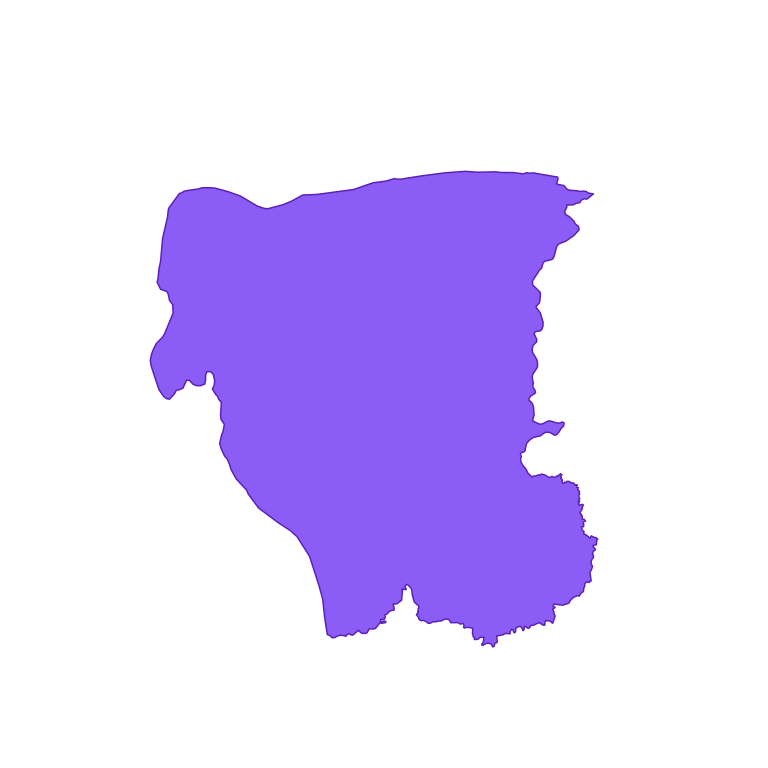 Kham, Xiangkhoang, Laos (orthographic projection), rotated 111°
{"feature_id": "54806243B15908522447592", "entity_name": "Kham", "entity_type": "district", "adm_level": 2, "iso_a3": "LAO", "parent_name": "Laos", "parent_adm1": "Xiangkhoang", "projection": "orthographic", "projection_center": [103.704, 19.758], "detail": "fine", "context": "isolated", "style": "filled", "palette": "violet", "viewbox_px": 768, "rotation_deg": 111, "n_neighbors": 0, "source": "geoboundaries", "source_scale": "gbopen_adm2", "svg_char_len": 6171}
<svg xmlns="http://www.w3.org/2000/svg" viewBox="0 0 768 768"><g transform="rotate(111 384 384)"><path d="M131.1,256.4L131.7,257.3L132.5,262.0L131.8,264.0L132.3,266.5L134.1,270.3L134.5,273.5L136.8,280.8L136.3,283.7L134.6,286.3L134.3,287.5L135.2,292.2L135.2,294.7L130.4,295.0L128.6,295.9L133.5,320.6L134.9,323.1L135.7,326.7L137.9,329.2L140.3,339.1L144.7,350.9L145.8,355.5L152.8,372.7L156.3,384.3L165.2,403.1L175.9,422.9L186.5,441.3L188.1,445.2L188.5,447.9L193.8,454.8L200.1,466.4L213.3,482.0L231.3,515.0L236.7,527.6L246.4,535.8L252.6,542.3L262.0,555.2L263.0,558.8L263.3,566.2L260.0,585.4L260.3,598.6L261.6,611.3L262.4,614.7L265.8,623.8L268.4,627.2L274.5,638.0L275.7,639.7L278.7,642.0L279.2,643.2L296.1,647.8L298.1,647.9L305.9,645.9L327.3,642.9L349.8,636.5L357.0,635.4L365.9,632.9L370.3,632.3L375.6,626.5L375.5,619.8L377.1,617.9L382.7,614.3L385.8,609.6L393.4,606.3L415.5,606.8L419.3,607.4L427.9,611.1L434.5,611.7L439.5,611.7L445.6,610.7L451.0,607.5L467.5,594.1L470.5,591.3L474.8,584.8L475.6,581.6L475.0,578.8L468.6,576.2L464.2,575.6L462.6,572.8L459.8,570.2L451.2,569.7L450.3,567.1L452.7,562.0L452.7,558.5L451.4,554.7L448.2,551.3L443.2,552.3L440.1,553.6L436.3,553.9L434.7,551.1L435.0,549.1L436.5,546.6L441.9,543.1L446.3,542.1L450.1,542.4L453.5,538.2L455.4,534.7L457.6,532.8L459.4,529.3L471.7,525.4L475.5,523.4L478.9,518.6L485.9,517.3L490.0,517.3L498.4,516.1L503.0,512.6L508.3,507.1L510.3,503.4L513.7,500.0L518.5,496.3L525.6,487.9L532.3,474.3L535.3,471.4L544.8,456.5L551.3,433.3L554.5,418.7L557.7,410.4L571.6,391.7L594.8,373.0L606.7,364.2L623.1,355.8L638.3,347.1L638.1,344.9L639.4,341.8L638.7,339.5L635.7,336.9L634.0,334.2L633.3,331.5L633.2,329.2L631.6,328.9L629.5,327.2L630.1,324.8L629.6,323.1L623.2,319.6L624.4,316.7L624.6,314.9L623.2,311.4L622.5,310.8L618.4,310.0L617.5,309.4L616.6,306.3L615.1,304.3L608.2,302.2L608.3,300.5L606.3,297.2L605.3,297.0L605.0,297.5L605.4,299.6L606.6,300.8L606.9,301.8L605.9,302.7L604.8,302.3L603.2,299.2L601.0,299.4L599.3,300.4L597.2,298.5L595.0,297.8L593.2,296.5L591.6,293.7L589.6,294.1L586.6,296.5L586.1,296.3L584.6,293.2L579.6,290.1L570.6,292.6L569.1,293.6L568.7,293.5L568.4,290.7L567.9,289.8L567.0,290.1L565.5,292.0L563.3,291.3L562.8,290.4L564.3,286.8L565.9,284.4L570.6,282.1L576.5,277.8L577.9,274.9L578.6,272.3L579.8,271.4L581.7,271.6L583.2,270.8L584.2,271.0L585.4,269.9L586.5,270.8L587.8,271.0L589.5,268.1L591.0,267.1L591.5,265.9L591.5,264.0L590.5,262.5L590.7,259.6L591.5,257.3L591.1,255.5L588.2,252.7L587.1,249.8L585.4,247.6L584.7,245.6L582.2,243.5L580.8,241.0L580.7,238.8L582.9,236.1L580.3,229.6L580.8,226.6L579.7,225.3L579.4,224.2L580.5,222.9L582.7,222.4L583.0,221.6L581.1,218.6L580.3,214.1L580.8,213.4L585.5,211.9L586.3,211.0L587.9,210.3L588.6,208.4L590.0,208.1L589.9,207.2L588.4,204.5L586.3,203.9L584.7,200.0L589.3,198.8L591.9,199.5L592.5,199.2L592.6,198.1L589.5,195.6L588.8,194.2L588.2,190.9L590.4,188.3L589.5,187.2L586.4,187.7L584.8,185.8L584.2,185.8L578.9,188.5L575.6,183.2L573.4,181.3L572.0,176.8L569.9,177.6L567.2,176.9L567.1,175.7L569.1,174.1L569.5,173.2L569.2,172.8L568.1,172.4L564.5,173.5L562.3,171.3L561.4,169.9L561.6,169.1L563.0,167.0L564.3,166.1L564.2,165.5L563.5,165.3L560.1,166.0L559.7,164.5L560.5,161.8L559.0,160.6L556.8,160.5L555.2,157.4L553.4,156.0L551.0,153.1L551.9,150.8L552.0,148.5L551.7,147.7L550.9,147.6L548.6,148.5L547.0,148.3L546.0,144.9L545.9,143.4L546.9,141.2L546.6,140.7L539.4,141.1L537.5,142.9L535.7,143.8L534.0,145.9L531.5,144.2L531.0,144.8L531.2,146.2L530.2,146.7L528.6,146.4L526.4,137.8L522.5,133.0L517.7,132.0L515.0,130.3L513.0,128.4L512.3,127.4L511.9,125.6L509.1,125.3L506.3,123.5L502.6,124.4L501.0,124.1L498.9,124.9L497.8,124.8L496.4,124.0L495.8,123.0L495.7,121.5L493.5,120.1L485.9,124.3L483.3,123.8L479.4,124.0L477.6,126.3L475.1,127.0L473.2,127.0L470.6,126.3L469.2,127.0L467.4,128.6L466.4,128.7L464.6,128.3L463.1,127.3L462.1,128.0L461.0,130.2L459.9,130.9L457.9,128.3L453.1,129.4L452.3,128.9L451.5,130.6L451.9,133.4L451.5,135.8L451.9,136.3L453.9,136.4L453.9,137.4L452.6,140.4L452.3,143.8L450.2,144.4L449.2,146.7L447.1,148.3L446.2,148.1L445.8,146.7L445.4,146.6L443.7,147.1L442.0,148.5L441.4,148.4L439.7,146.8L438.6,148.8L439.1,150.7L436.0,151.8L436.0,152.7L435.1,152.9L434.4,154.5L432.9,154.8L429.1,154.2L427.6,154.8L425.7,154.5L425.3,155.1L425.3,155.9L426.8,157.4L426.7,159.2L425.4,159.3L425.2,160.1L424.7,160.2L423.9,159.3L423.4,159.4L423.3,160.5L421.0,160.1L420.1,161.2L418.1,162.4L417.1,161.9L416.2,162.1L415.6,162.9L414.3,163.0L412.7,165.7L411.3,165.5L411.4,166.9L410.7,167.6L409.1,167.3L409.0,167.9L409.8,169.7L408.5,171.5L409.3,174.4L408.6,175.8L409.0,177.5L409.5,178.4L410.9,178.7L410.9,180.1L411.8,180.2L412.6,181.4L412.3,182.2L409.9,183.1L409.0,183.9L408.8,184.9L407.6,185.0L407.0,186.0L405.0,185.4L404.5,187.0L407.4,188.6L408.0,189.8L409.2,190.2L410.1,191.7L410.2,194.3L411.7,195.4L412.1,196.9L411.3,200.6L411.6,204.6L413.1,206.1L414.2,208.2L415.6,209.4L416.1,211.1L417.7,212.4L415.8,217.4L412.3,221.4L410.5,224.8L407.8,228.1L405.5,229.5L402.4,229.9L400.3,231.7L398.5,230.9L397.6,229.3L395.6,228.4L390.1,229.5L387.6,229.4L383.2,227.5L380.1,225.1L376.2,219.2L373.4,217.7L371.0,215.7L369.8,211.9L370.6,206.0L369.3,204.6L366.8,203.6L361.5,202.6L360.1,201.6L357.8,201.4L355.8,201.9L355.5,203.6L357.4,206.0L358.4,208.3L359.0,216.0L360.2,218.0L364.5,221.8L365.7,224.1L365.3,231.6L363.6,232.4L359.4,232.7L352.2,236.0L349.5,238.0L348.0,240.3L347.2,243.0L345.5,243.4L342.6,242.7L338.9,239.8L337.4,239.6L335.2,241.4L334.0,243.4L332.3,244.5L329.8,244.8L324.7,248.1L321.8,248.6L313.5,246.8L310.1,247.8L306.5,250.0L301.0,256.9L297.3,258.4L294.1,258.5L289.8,256.6L287.6,257.4L283.2,261.9L281.4,261.6L279.7,259.9L278.7,257.4L276.5,256.2L273.3,256.3L269.5,257.5L261.6,263.5L258.0,269.4L256.8,269.7L253.2,268.2L250.7,268.2L243.6,270.3L242.3,271.3L238.2,280.7L234.6,282.3L222.0,279.7L219.5,278.4L213.9,278.9L211.8,277.9L207.6,271.9L206.4,271.2L204.1,270.9L194.4,272.0L192.4,271.7L190.4,270.9L185.4,265.4L177.2,259.9L170.4,257.2L169.2,257.5L167.1,259.1L166.0,262.8L163.8,265.3L162.3,268.6L161.3,271.3L160.6,275.6L158.0,277.1L153.6,276.7L151.4,277.5L149.0,271.7L146.2,269.1L144.5,266.1L141.7,265.8L139.1,263.3L139.0,261.5L138.4,260.6L131.1,256.4Z" fill="#8b5cf6" stroke="#5b21b6" stroke-width="1.5"/></g></svg>